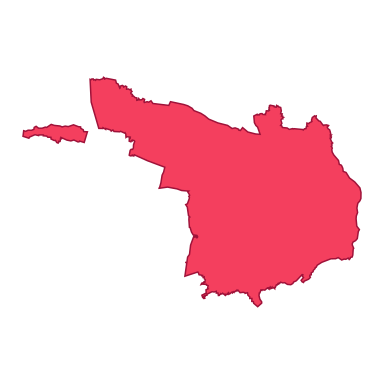 outline of Karanganyar, Jawa Tengah, Indonesia
{"feature_id": "22746128B38192287274107", "entity_name": "Karanganyar", "entity_type": "district", "adm_level": 2, "iso_a3": "IDN", "parent_name": "Indonesia", "parent_adm1": "Jawa Tengah", "projection": "mercator", "projection_center": [110.98, -7.62], "detail": "fine", "context": "isolated", "style": "filled", "palette": "rose", "viewbox_px": 384, "rotation_deg": 0, "n_neighbors": 0, "source": "geoboundaries", "source_scale": "gbopen_adm2", "svg_char_len": 5974}
<svg xmlns="http://www.w3.org/2000/svg" viewBox="0 0 384 384"><path d="M91.2,102.1L98.8,128.4L102.8,128.5L103.0,127.7L105.7,129.4L105.8,128.5L110.6,130.0L111.2,131.1L112.9,130.0L114.0,131.5L119.8,131.8L120.6,131.3L124.6,133.1L125.0,132.7L125.8,134.1L126.0,137.4L126.9,136.7L130.3,137.1L130.1,138.5L129.3,138.5L129.2,141.2L130.9,141.8L131.3,140.8L132.2,141.0L132.3,140.1L134.2,140.6L134.7,141.3L133.5,144.9L133.4,147.9L132.6,149.4L131.2,149.3L130.2,150.3L129.2,155.2L129.7,155.6L130.8,155.9L131.5,155.4L132.0,155.8L132.5,155.1L133.8,156.0L134.3,154.8L147.4,160.7L164.8,167.2L163.6,172.1L162.1,175.2L160.9,182.9L159.6,187.5L159.4,188.2L158.3,188.4L167.6,187.1L177.1,188.9L181.6,190.5L188.7,191.1L187.8,192.0L189.5,194.8L189.6,195.6L188.8,196.3L189.4,197.4L189.2,198.8L187.4,203.8L185.7,204.6L187.3,207.1L188.5,215.6L189.8,217.0L189.0,217.4L188.9,219.7L189.4,227.3L190.1,227.5L191.5,232.1L193.2,234.9L196.9,235.4L197.5,236.3L197.2,236.9L198.1,237.3L196.7,237.2L196.7,236.2L196.1,236.6L196.3,237.4L194.9,236.4L194.4,237.2L194.0,237.2L193.7,236.6L190.6,245.1L189.5,254.4L187.6,257.1L184.9,276.2L197.5,272.1L198.1,272.2L199.1,274.8L201.1,275.0L201.6,275.8L202.6,275.4L203.1,277.4L204.2,276.9L204.3,278.8L205.3,279.7L205.0,281.4L204.2,281.7L204.7,282.3L201.7,283.2L201.1,284.5L202.2,284.1L206.4,284.4L206.5,285.1L208.1,285.6L207.6,288.4L208.1,288.8L206.0,289.8L206.2,293.0L201.9,295.2L202.6,297.3L203.8,298.5L204.3,298.4L203.6,297.9L204.0,297.4L203.6,296.7L204.3,296.0L204.9,296.8L205.5,295.5L207.0,295.2L207.1,294.2L212.0,291.7L214.2,292.0L216.3,291.3L216.3,293.1L217.9,293.0L218.4,295.5L219.3,295.4L219.5,294.7L220.7,294.3L220.7,293.6L222.0,293.9L222.7,293.2L223.9,294.3L225.0,294.2L225.0,295.3L225.5,295.5L226.4,294.3L228.0,294.4L227.8,293.5L228.6,293.8L228.7,292.9L229.7,293.9L232.0,292.1L232.5,292.9L233.1,292.1L234.0,292.4L234.0,291.6L234.9,291.7L236.6,290.3L237.0,291.0L237.9,290.1L240.1,292.7L243.1,292.3L244.8,292.7L245.1,293.4L247.5,292.7L247.9,295.2L249.8,296.9L249.8,298.5L251.9,298.5L251.8,301.4L253.4,301.6L253.7,303.3L257.7,306.7L261.7,303.1L261.7,301.9L259.9,299.2L259.0,295.6L259.3,293.0L259.9,292.9L260.9,290.0L261.9,290.4L262.1,289.8L264.9,290.1L267.3,288.0L268.5,288.8L268.2,287.8L269.1,287.6L269.8,288.5L270.3,287.0L270.9,287.8L271.7,287.3L271.4,288.4L273.5,287.7L274.6,288.6L274.5,287.5L275.3,287.5L276.4,284.8L277.4,284.9L277.9,283.7L278.7,284.1L279.1,283.0L279.8,283.2L280.6,282.2L282.8,282.9L284.7,282.7L287.4,284.4L290.8,284.7L292.8,283.5L293.7,282.0L296.3,280.8L302.1,274.6L302.8,274.7L302.5,276.4L303.5,277.5L301.1,280.3L302.1,281.8L303.5,282.5L304.2,281.2L308.6,279.2L309.7,278.1L310.4,277.2L309.7,276.2L309.9,275.2L311.3,274.8L311.2,272.9L313.1,271.7L313.2,270.5L315.1,268.5L315.2,267.6L316.2,267.2L317.2,265.2L321.8,262.3L330.9,258.8L335.7,258.7L338.2,257.6L341.7,260.0L344.1,259.1L345.8,259.3L348.2,258.1L349.2,259.5L350.2,258.5L350.4,257.4L352.2,257.0L352.8,255.0L353.2,249.0L353.7,248.3L352.3,245.0L352.3,243.6L353.1,242.0L355.6,240.6L357.3,238.6L358.3,231.6L359.4,229.6L356.8,226.2L356.1,218.8L356.3,216.0L357.6,212.5L356.9,208.1L357.8,203.3L359.9,200.8L360.9,198.5L361.0,192.5L359.9,187.9L354.8,182.0L349.5,178.0L346.1,172.5L343.2,171.4L342.8,168.3L341.7,165.8L341.2,165.1L339.3,164.4L338.5,160.5L333.8,155.0L332.2,152.1L331.8,149.5L332.3,148.1L331.3,146.4L331.8,146.2L332.0,144.8L331.5,143.9L332.7,143.0L331.6,141.8L330.1,138.2L331.2,137.9L331.4,136.9L330.5,136.3L331.1,135.4L330.4,135.6L330.3,134.7L330.8,134.3L330.2,131.6L329.6,129.8L328.2,128.9L327.3,127.4L327.5,125.9L328.2,126.1L328.6,125.5L326.6,124.9L323.7,125.1L323.6,125.4L322.8,124.9L320.2,121.3L318.8,120.9L316.0,118.0L316.2,115.9L314.8,116.3L314.5,115.9L312.3,117.5L311.5,120.1L311.9,121.5L309.3,122.9L308.8,123.6L306.9,123.1L306.8,125.2L307.5,126.2L306.4,126.5L306.0,128.6L304.5,128.8L303.2,130.0L302.7,129.5L294.0,128.7L293.1,129.0L292.7,128.6L289.2,129.4L287.2,128.0L282.4,127.5L281.6,125.7L280.6,125.5L281.9,123.4L280.9,120.1L281.5,119.1L282.9,118.8L282.6,117.7L283.4,117.3L282.7,117.0L282.6,116.1L281.5,116.1L282.2,113.9L280.6,113.7L281.3,110.9L280.7,107.5L278.6,106.8L277.8,105.8L277.0,106.5L276.5,105.7L276.0,107.2L274.1,106.7L274.1,106.0L270.2,105.2L269.5,105.6L269.7,106.2L269.0,107.3L269.4,108.0L268.8,109.2L269.5,110.1L268.7,110.9L266.3,110.8L265.8,113.3L265.2,113.8L265.4,114.6L263.0,114.5L262.1,113.6L260.4,113.7L259.3,114.3L259.3,114.8L257.3,114.9L257.1,114.3L253.8,116.0L254.4,122.7L255.9,125.5L257.6,127.1L260.1,134.3L255.7,134.0L247.8,132.0L242.6,127.6L240.4,130.5L238.9,130.2L238.8,129.4L238.0,128.9L235.1,127.9L232.1,128.5L227.6,125.4L217.8,122.9L208.7,119.1L204.9,115.9L200.8,113.3L193.9,110.6L192.1,108.3L187.8,105.8L183.7,104.5L170.5,101.7L168.8,105.4L152.9,103.5L151.0,100.8L148.7,102.2L147.1,101.7L144.3,102.5L144.0,101.8L144.6,99.4L142.9,98.5L141.9,99.7L139.7,99.9L138.7,98.5L138.0,100.1L136.8,100.3L136.8,97.9L135.1,97.6L133.3,95.9L132.3,96.1L132.4,94.5L130.9,93.6L130.9,92.6L132.0,91.5L131.0,90.4L131.0,89.2L129.6,89.7L128.5,89.0L126.6,89.2L126.7,86.7L125.4,86.0L123.7,87.0L123.1,85.8L122.3,85.4L120.0,86.2L120.2,87.8L119.8,88.2L118.1,84.0L116.4,83.2L115.6,80.1L106.3,78.3L104.7,79.0L104.5,77.9L103.5,77.3L103.0,78.6L99.7,79.8L96.2,79.3L95.6,80.3L94.7,79.7L93.8,80.0L93.2,78.9L91.4,79.1L90.8,79.9L90.1,79.5L91.2,102.1ZM23.0,136.3L28.9,138.2L29.7,137.0L35.0,134.7L38.7,135.6L39.0,134.9L42.9,134.9L43.4,135.0L43.3,135.8L46.8,136.1L47.7,137.2L50.9,137.3L51.0,139.0L54.2,140.5L55.5,140.4L56.7,142.5L58.1,143.1L58.8,141.3L59.7,141.7L60.2,141.2L60.5,138.5L61.6,138.8L61.8,138.4L60.8,138.0L60.9,137.4L66.9,140.1L70.9,140.9L73.9,140.0L77.9,141.9L79.1,141.8L79.6,141.1L84.2,142.5L87.4,131.8L83.7,131.6L83.2,129.7L80.8,128.4L80.6,126.9L78.5,126.7L73.5,124.8L68.3,126.6L65.2,126.1L62.1,126.9L60.0,126.0L54.3,125.4L51.2,124.4L46.7,127.4L45.3,127.1L42.2,128.2L38.6,128.2L36.1,126.3L34.2,127.4L33.9,129.3L31.5,130.3L28.1,130.2L25.7,131.3L23.7,130.7L23.0,136.3ZM186.7,262.4L185.9,262.4L185.1,262.5L186.7,262.4Z" fill="#f43f5e" stroke="#9f1239" stroke-width="1.5"/></svg>